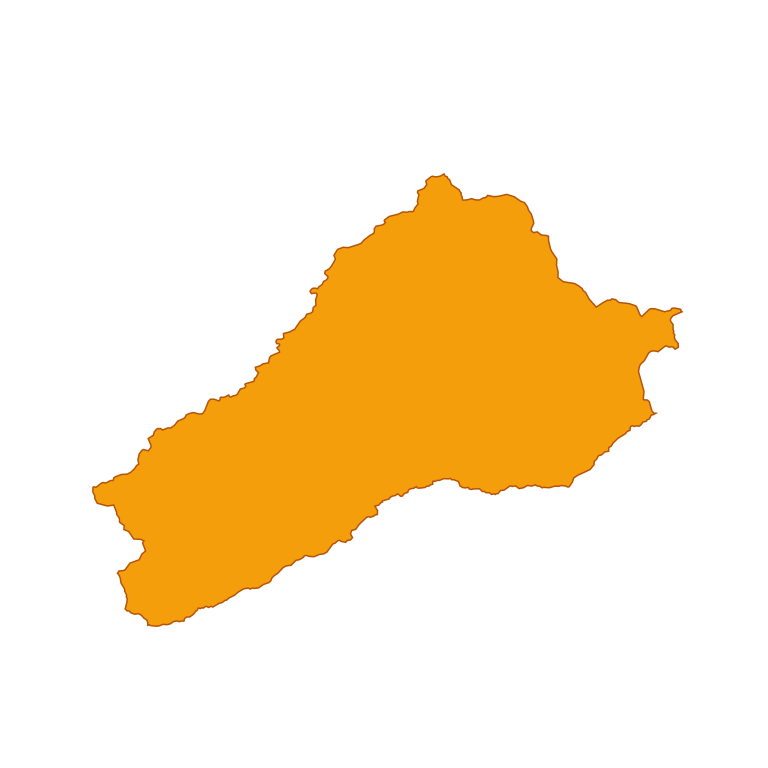 Luya, Amazonas, Peru, rotated 79°
{"feature_id": "86281439B36739212274860", "entity_name": "Luya", "entity_type": "district", "adm_level": 2, "iso_a3": "PER", "parent_name": "Peru", "parent_adm1": "Amazonas", "projection": "natural_earth1", "projection_center": [-78.033, -6.324], "detail": "fine", "context": "isolated", "style": "filled", "palette": "amber", "viewbox_px": 768, "rotation_deg": 79, "n_neighbors": 0, "source": "geoboundaries", "source_scale": "gbopen_adm2", "svg_char_len": 6145}
<svg xmlns="http://www.w3.org/2000/svg" viewBox="0 0 768 768"><g transform="rotate(79 384 384)"><path d="M370.0,77.6L368.9,78.6L367.5,78.4L367.0,79.0L364.7,85.0L364.7,87.1L366.4,88.7L366.6,94.8L362.0,103.5L361.1,107.1L361.1,109.0L367.0,118.1L365.4,119.4L356.7,121.2L355.2,122.1L351.8,128.2L348.8,137.9L345.4,140.5L343.9,144.2L345.0,145.7L344.4,148.4L345.7,152.9L349.0,161.0L339.6,166.5L332.5,168.7L330.3,170.7L328.2,171.2L324.9,174.1L321.8,177.6L317.8,188.6L312.6,193.0L307.2,191.7L300.4,192.0L294.3,190.5L285.7,194.2L282.6,194.8L274.3,195.1L270.4,194.3L269.4,195.7L267.8,201.1L263.9,204.5L263.9,208.5L261.6,210.2L259.4,209.7L255.0,206.4L252.9,206.2L245.2,207.0L241.2,208.9L237.5,209.4L232.8,211.5L230.3,215.4L225.2,220.2L221.3,227.3L221.6,235.8L221.0,240.6L218.6,246.3L220.2,248.0L220.4,251.6L221.6,255.1L220.7,259.2L218.8,262.6L219.1,267.6L218.6,271.2L218.2,271.8L215.0,271.6L213.2,272.3L211.2,271.8L209.2,273.0L208.0,273.0L201.2,279.8L196.2,280.6L194.7,282.0L192.6,282.5L191.6,284.3L189.2,285.0L190.7,289.0L190.6,293.7L189.4,296.4L189.4,297.9L192.4,303.8L193.2,304.3L196.3,303.9L199.6,307.3L200.9,314.0L202.5,314.6L205.0,313.7L211.1,316.4L213.7,316.1L217.1,320.1L220.1,322.1L220.2,323.5L219.5,325.8L219.8,328.2L218.7,332.9L220.0,337.7L220.5,347.0L223.2,352.4L224.4,352.6L225.5,351.7L227.0,353.5L227.6,355.9L227.6,361.8L229.8,363.9L233.0,364.5L234.1,365.3L235.6,369.7L238.9,376.2L241.8,380.0L243.4,392.9L242.0,398.0L242.9,403.4L243.5,404.4L248.2,408.6L252.1,407.8L258.0,412.8L260.5,415.7L262.0,420.2L264.3,421.1L268.0,418.5L269.5,419.1L270.9,420.9L271.8,423.7L274.6,425.8L276.1,429.3L277.8,431.0L276.6,433.9L276.5,436.0L278.1,438.3L279.1,438.9L281.4,438.0L281.6,433.8L282.0,433.0L283.9,432.6L288.2,435.0L293.8,435.8L295.3,438.8L299.4,440.3L300.4,442.1L300.8,446.6L303.7,448.8L306.3,454.2L313.3,461.3L314.9,467.0L315.3,473.1L319.4,473.5L320.0,474.1L320.5,475.7L319.8,479.7L320.4,481.2L321.8,482.0L323.8,481.7L324.7,479.2L325.4,478.9L326.3,479.3L328.1,482.3L331.4,480.4L332.9,480.5L334.7,489.4L336.4,491.4L341.2,493.3L341.1,498.9L342.6,502.5L343.0,507.1L345.9,507.1L349.0,505.0L352.8,508.1L354.1,510.3L355.9,510.7L356.6,511.6L357.3,520.1L358.0,520.6L359.8,520.1L360.6,520.8L361.3,522.1L361.5,525.9L366.2,530.1L366.9,531.4L366.8,534.1L367.6,536.9L366.8,538.3L365.4,538.3L365.2,538.9L366.6,543.3L365.8,547.2L368.2,548.0L369.1,549.4L366.5,553.6L365.8,557.3L367.6,559.7L375.9,565.0L378.6,567.9L378.2,571.3L375.6,576.5L375.8,580.4L376.6,583.9L378.7,585.6L379.8,587.5L380.9,593.3L384.6,597.6L386.4,601.7L385.9,604.8L386.9,610.2L385.1,611.7L384.6,615.1L386.8,618.4L390.4,620.3L392.5,625.9L399.9,624.4L401.8,624.9L404.6,628.1L402.4,632.6L402.9,634.3L406.1,637.7L411.1,639.9L416.0,640.1L416.8,642.4L419.5,644.9L422.3,649.3L423.5,653.3L422.7,659.0L423.8,665.3L424.6,667.1L427.0,668.4L426.6,670.9L428.1,675.9L427.2,678.3L427.3,680.2L430.5,686.4L429.5,688.4L429.9,689.4L434.5,690.4L438.3,689.3L441.3,689.7L446.4,688.2L451.0,678.7L451.3,672.4L458.5,671.0L461.3,671.2L465.1,669.4L469.3,669.9L473.4,666.0L477.3,667.1L479.9,662.9L488.4,659.2L490.1,652.5L492.1,649.6L494.0,651.3L502.4,649.9L504.7,654.1L509.8,657.8L511.4,667.6L517.0,673.6L517.4,675.3L517.0,679.9L519.1,681.8L519.9,681.0L523.6,680.0L529.4,680.1L535.8,677.7L537.9,678.1L542.0,676.9L543.8,677.6L545.5,677.0L548.9,677.9L555.4,681.0L557.6,679.6L558.3,677.2L560.0,676.5L561.4,674.4L562.3,673.0L562.7,668.6L564.7,666.3L568.2,664.2L570.4,661.9L572.9,661.4L575.8,661.9L575.6,660.3L576.6,659.3L578.4,653.3L578.5,650.3L577.7,646.7L578.8,643.2L578.8,641.2L578.6,639.3L577.1,636.0L577.0,632.7L578.3,630.2L578.0,628.1L578.5,625.6L576.1,624.4L575.1,622.0L575.6,619.3L574.4,616.4L572.7,613.6L571.2,612.4L570.8,610.9L568.5,609.0L569.4,607.1L568.9,605.5L569.5,604.0L568.4,601.9L568.4,600.8L569.9,598.8L569.2,596.3L570.3,594.6L567.8,587.7L567.7,584.6L566.1,581.4L566.1,579.7L564.3,576.6L562.9,571.1L560.5,566.9L558.3,561.0L558.4,556.2L559.8,554.5L559.2,552.3L559.9,550.6L560.2,545.8L557.8,540.7L557.0,535.0L555.8,532.8L553.0,531.0L551.1,528.2L549.6,524.5L544.8,517.8L543.9,514.6L544.2,509.7L540.2,503.9L540.4,501.3L539.5,498.0L538.5,495.8L537.4,495.1L537.5,492.7L539.0,490.3L540.2,485.6L539.0,480.0L539.2,475.4L538.1,472.1L531.3,464.8L530.9,462.4L529.0,459.4L529.0,457.3L530.3,456.2L532.1,451.9L530.6,450.0L530.7,446.7L528.8,444.2L524.6,445.5L521.6,443.5L521.3,439.5L517.1,435.2L511.6,426.5L511.2,424.6L512.2,423.1L511.8,419.5L510.8,417.6L510.9,415.5L507.1,414.5L502.2,416.2L501.8,412.2L499.9,409.7L499.6,408.1L498.8,408.3L498.4,407.7L497.9,401.1L496.3,399.3L495.7,397.4L495.6,393.8L494.5,392.2L495.2,390.7L497.3,389.2L497.6,387.7L495.2,384.6L495.0,381.4L492.9,380.3L491.9,378.3L492.0,374.6L490.9,371.9L492.4,371.1L493.0,369.3L493.4,363.5L492.5,361.7L492.8,359.2L491.9,358.1L491.7,355.3L489.1,354.8L488.7,353.9L489.4,352.2L488.7,350.8L489.2,348.1L488.3,343.3L489.4,339.1L489.4,336.8L490.9,335.9L491.2,333.9L493.9,329.5L498.5,328.9L500.6,326.7L501.5,324.2L501.6,321.0L503.4,320.3L504.2,318.3L504.1,316.0L505.1,310.2L508.3,307.9L508.8,305.6L510.1,304.8L510.9,301.1L512.9,299.6L512.8,297.0L513.7,295.8L513.1,294.6L513.4,293.0L510.8,290.1L511.1,286.3L508.0,279.6L509.1,277.6L509.1,274.4L512.5,271.3L512.4,266.7L511.0,262.6L512.4,258.3L511.8,254.9L513.1,253.4L514.2,250.5L516.1,248.6L515.9,247.2L517.4,241.5L516.9,236.2L517.7,231.8L517.5,229.4L518.6,225.6L520.3,223.0L520.2,221.8L516.1,217.7L512.4,215.7L510.7,211.7L507.3,198.0L503.4,193.3L500.1,192.4L498.5,189.8L495.7,187.5L495.1,186.4L495.2,184.3L492.8,180.2L492.9,176.3L489.2,175.4L488.5,173.0L485.7,170.5L481.9,164.6L478.9,156.6L477.0,154.3L476.4,151.3L473.5,150.5L472.5,149.4L472.4,148.2L473.5,146.0L473.2,144.4L474.1,141.7L473.2,139.7L470.7,137.1L470.7,133.7L469.3,132.4L468.9,130.1L465.5,127.7L465.5,125.6L464.6,122.8L464.1,124.6L461.9,126.1L452.0,127.0L450.0,128.5L449.1,132.0L448.4,132.4L440.9,130.2L420.4,131.8L415.9,130.1L413.5,128.4L410.8,124.0L404.0,118.2L402.6,115.1L403.5,110.9L404.6,108.9L400.2,100.2L402.4,96.7L402.2,94.8L402.9,93.2L405.4,91.6L404.0,88.0L400.5,87.5L395.9,89.9L393.2,90.0L391.2,89.2L389.2,90.3L387.8,89.5L385.8,89.9L380.7,88.9L377.1,90.7L375.0,90.5L372.1,87.5L370.0,77.6Z" fill="#f59e0b" stroke="#b45309" stroke-width="1.5"/></g></svg>